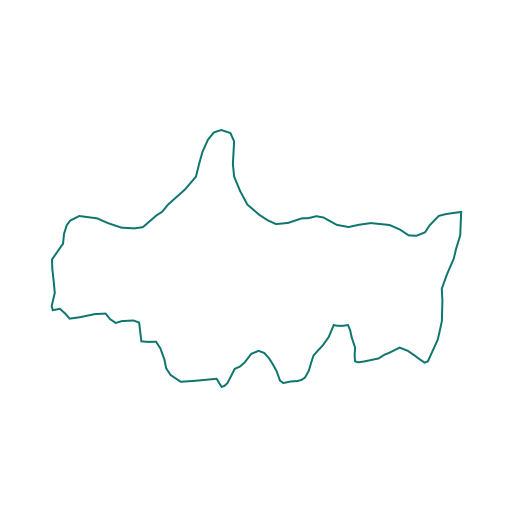 outline of Kota Bharu, Kelantan, Malaysia, rotated 82°
{"feature_id": "92858781B26165935379781", "entity_name": "Kota Bharu", "entity_type": "district", "adm_level": 2, "iso_a3": "MYS", "parent_name": "Malaysia", "parent_adm1": "Kelantan", "projection": "mercator", "projection_center": [102.27, 6.05], "detail": "fine", "context": "isolated", "style": "outline", "palette": "teal", "viewbox_px": 512, "rotation_deg": 82, "n_neighbors": 0, "source": "geoboundaries", "source_scale": "gbopen_adm2", "svg_char_len": 1757}
<svg xmlns="http://www.w3.org/2000/svg" viewBox="0 0 512 512"><g transform="rotate(82 256 256)"><path d="M225.1,205.5L227.7,219.6L227.2,231.7L222.3,239.4L216.0,246.7L203.9,257.4L189.4,262.7L174.3,266.6L161.7,266.1L139.5,261.7L130.7,264.2L126.4,272.9L127.8,280.6L134.1,287.4L145.8,294.7L155.9,299.1L169.0,304.4L180.2,317.0L192.8,335.9L199.1,342.7L202.0,349.0L211.7,364.0L211.7,372.7L209.2,385.3L202.9,397.9L196.6,408.1L191.8,425.5L194.2,432.4L195.2,435.2L199.1,439.1L207.3,443.0L217.0,445.4L224.3,452.2L231.0,458.5L240.3,459.5L253.8,459.9L264.5,460.4L277.1,465.3L281.4,464.8L281.0,457.5L286.8,452.7L292.1,449.3L292.1,438.6L291.1,423.6L292.1,412.9L298.4,409.1L302.8,404.2L302.6,403.2L301.8,397.9L302.8,386.3L305.7,381.0L324.6,381.4L326.0,375.1L327.0,366.9L334.3,363.5L345.9,361.1L354.6,360.6L361.9,357.2L370.1,348.0L371.1,333.9L372.1,312.1L380.8,308.3L380.3,305.4L377.9,302.0L369.6,296.1L364.8,292.8L363.3,287.4L359.9,282.1L352.2,274.3L350.3,266.6L353.2,261.3L359.0,257.4L365.3,254.5L373.0,251.6L382.7,249.6L385.6,246.7L385.1,239.0L385.6,232.7L385.1,228.3L383.2,224.4L376.9,219.6L369.2,216.2L362.4,212.8L358.0,207.5L353.6,202.1L346.4,195.3L335.2,188.6L336.2,186.1L337.2,180.3L337.2,174.5L342.5,173.1L349.8,172.6L360.4,170.6L367.7,172.1L374.0,172.6L375.5,169.7L375.5,163.4L375.0,156.1L374.5,148.8L371.6,142.5L370.6,138.2L366.7,126.5L371.1,118.8L376.4,113.0L380.8,108.6L385.1,103.8L384.2,100.4L364.3,87.8L358.0,85.3L346.4,81.0L326.0,77.6L314.4,76.6L302.3,70.3L296.5,66.9L286.3,60.6L276.6,56.8L264.0,50.9L240.9,46.7L240.9,61.9L241.7,69.4L250.0,80.0L256.1,85.3L258.3,94.4L256.8,102.0L250.0,109.6L243.9,119.4L239.4,137.6L239.4,149.7L240.2,160.3L236.4,171.7L227.3,183.8L225.0,190.6L225.8,198.9L225.1,205.5Z" fill="none" stroke="#0f766e" stroke-width="2"/></g></svg>